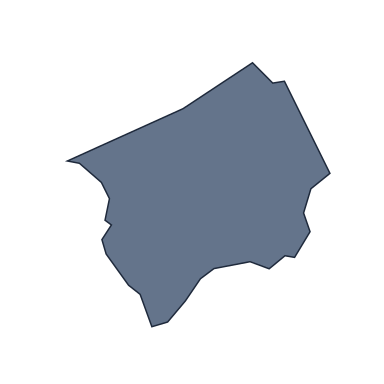 Rappahannock, Virginia, United States of America, rotated 195°
{"feature_id": "52423323B58437533769243", "entity_name": "Rappahannock", "entity_type": "district", "adm_level": 2, "iso_a3": "USA", "parent_name": "United States of America", "parent_adm1": "Virginia", "projection": "mercator", "projection_center": [-78.153, 38.693], "detail": "fine", "context": "isolated", "style": "filled", "palette": "slate", "viewbox_px": 384, "rotation_deg": 195, "n_neighbors": 0, "source": "geoboundaries", "source_scale": "gbopen_adm2", "svg_char_len": 506}
<svg xmlns="http://www.w3.org/2000/svg" viewBox="0 0 384 384"><g transform="rotate(195 192 192)"><path d="M97.6,137.8L85.7,154.5L76.0,155.4L67.7,184.2L78.8,200.6L78.0,225.9L63.6,245.7L131.4,322.9L142.2,318.1L167.0,332.5L222.3,270.1L292.5,212.6L320.4,189.7L308.2,190.6L282.0,177.8L270.0,164.2L268.7,142.2L261.3,139.3L266.7,122.7L258.9,109.9L229.1,85.5L215.6,79.7L195.9,51.5L181.9,60.1L170.2,85.1L161.4,110.4L151.0,123.7L117.9,139.7L97.6,137.8Z" fill="#64748b" stroke="#1e293b" stroke-width="1.5"/></g></svg>